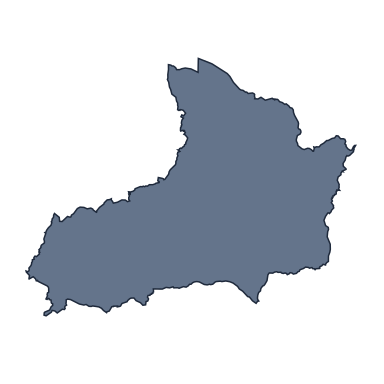 outline of Vrancioaia, Vrancea, Romania, rotated 4°
{"feature_id": "2599482B95267068995813", "entity_name": "Vrancioaia", "entity_type": "district", "adm_level": 2, "iso_a3": "ROU", "parent_name": "Romania", "parent_adm1": "Vrancea", "projection": "orthographic", "projection_center": [26.711, 45.867], "detail": "fine", "context": "isolated", "style": "filled", "palette": "slate", "viewbox_px": 384, "rotation_deg": 4, "n_neighbors": 0, "source": "geoboundaries", "source_scale": "gbopen_adm2", "svg_char_len": 5992}
<svg xmlns="http://www.w3.org/2000/svg" viewBox="0 0 384 384"><g transform="rotate(4 192 192)"><path d="M263.7,298.6L265.0,296.5L266.2,296.1L265.1,294.7L264.7,293.3L264.8,290.3L265.5,287.6L267.2,285.9L267.4,283.5L269.0,280.9L270.2,280.3L271.1,279.1L273.0,275.2L273.5,269.3L274.7,267.4L278.3,267.3L279.9,266.2L282.1,265.6L283.4,266.2L286.3,265.8L286.8,266.5L288.7,266.9L290.5,266.3L292.0,266.7L292.8,267.8L294.8,266.7L295.5,265.6L297.5,265.9L298.8,266.8L301.8,265.9L303.3,264.1L304.5,263.7L305.2,262.0L308.6,260.5L310.5,259.0L313.3,259.1L314.5,259.8L316.9,259.0L317.9,260.1L319.4,260.0L320.2,260.9L321.0,259.9L324.7,259.4L324.9,259.0L324.5,258.2L324.9,257.5L326.6,256.6L327.8,255.0L330.3,255.5L330.4,254.4L331.4,252.9L332.9,251.8L332.6,246.2L333.7,242.4L334.0,239.5L333.5,234.4L330.0,227.3L330.1,222.1L330.8,219.8L330.4,217.8L327.6,216.2L325.6,211.0L326.9,207.0L328.9,203.5L329.9,203.3L330.6,203.9L332.1,202.0L332.4,200.6L334.5,198.0L334.0,196.6L334.1,195.7L331.7,192.9L332.7,191.2L331.6,189.3L332.5,188.6L332.1,187.6L333.1,187.2L332.9,186.1L334.1,185.7L334.4,184.5L335.4,184.5L336.0,183.8L335.8,181.3L336.4,181.1L336.3,180.0L339.1,180.0L338.0,178.8L338.5,176.9L338.2,175.8L338.3,174.3L336.1,170.2L336.7,166.8L339.4,164.4L339.2,162.8L340.4,161.0L340.9,161.1L340.5,160.7L344.1,158.7L344.0,158.1L341.2,155.8L340.7,153.0L342.6,149.5L343.1,146.4L344.0,144.9L345.0,145.3L346.7,144.5L350.3,140.5L350.1,139.9L350.7,138.3L350.4,137.4L352.0,134.1L351.1,134.2L350.0,135.3L348.5,139.1L346.9,139.4L344.4,138.0L342.5,135.8L342.4,134.4L341.1,133.3L341.8,130.8L340.8,128.8L339.2,128.3L336.5,128.5L333.9,125.9L332.0,125.8L330.5,128.1L328.0,128.8L324.3,131.1L322.7,131.3L319.9,134.2L317.3,135.9L315.7,138.1L312.6,138.3L311.8,139.0L310.4,138.6L310.9,140.3L310.4,142.8L309.7,142.9L308.2,141.5L306.1,140.4L304.3,140.3L301.0,141.8L298.8,141.3L294.4,138.3L293.9,136.2L292.6,134.0L292.4,132.3L293.2,128.3L295.9,126.6L296.5,124.8L296.3,123.5L295.5,122.1L294.2,121.7L293.3,120.5L293.5,116.3L293.0,114.7L288.9,108.3L287.7,105.5L287.3,103.1L286.0,101.4L283.8,100.9L282.6,99.4L279.8,97.5L278.4,98.1L275.9,96.5L273.1,95.8L271.3,93.9L270.2,93.5L269.2,94.0L268.5,93.5L267.9,94.2L267.2,93.4L266.6,93.8L265.5,92.9L258.7,95.3L254.2,92.7L251.3,94.6L248.0,94.6L248.2,93.4L247.6,92.1L247.7,90.4L247.0,89.6L245.4,89.0L241.1,89.8L239.6,88.5L238.5,88.7L235.7,87.0L234.0,86.9L232.3,86.1L225.7,79.8L221.8,74.2L218.9,71.4L203.1,62.8L189.0,58.3L189.7,72.2L182.4,69.3L176.6,68.8L173.3,69.7L171.1,70.8L168.1,71.0L167.0,69.1L164.7,67.6L163.3,67.7L162.1,66.9L159.6,66.6L160.0,71.4L159.7,76.5L160.0,80.0L159.6,81.4L161.1,84.1L162.2,88.9L163.5,91.1L165.1,95.8L169.3,98.6L170.2,102.3L171.5,104.3L171.6,106.5L172.1,107.7L171.9,110.9L173.1,111.5L173.7,111.0L174.3,111.4L175.0,110.6L177.5,111.1L180.1,113.8L178.3,116.6L176.5,115.8L175.7,117.7L178.3,118.9L177.0,120.8L176.7,122.7L176.6,124.0L177.2,125.7L176.6,126.9L176.8,127.5L176.1,128.6L176.2,131.5L176.5,132.0L178.3,131.2L179.2,131.9L179.7,131.1L180.4,131.6L180.4,132.3L181.2,133.3L179.9,135.0L181.3,135.6L183.9,138.3L183.6,140.0L182.4,143.1L182.4,144.5L181.3,145.3L180.8,147.1L179.6,147.8L178.6,149.2L177.7,149.0L176.6,149.6L176.2,150.9L175.1,151.0L177.0,152.4L175.1,153.3L174.7,155.2L175.4,156.8L174.5,159.2L174.7,160.6L173.8,162.6L173.9,164.8L173.6,165.9L168.8,171.3L167.8,173.3L167.4,176.0L164.0,181.3L163.0,181.7L162.5,180.8L161.6,180.5L157.4,179.9L157.1,183.2L158.6,184.2L158.5,184.9L155.3,185.8L154.8,186.4L152.4,187.4L148.9,187.7L147.2,189.3L145.5,189.2L144.4,190.0L142.9,189.6L142.2,190.2L140.1,190.2L135.0,192.7L134.7,194.1L133.1,195.4L130.5,196.3L128.7,196.2L129.2,197.5L130.5,197.4L130.5,198.7L129.1,198.7L129.8,200.5L129.3,201.7L129.4,203.7L130.5,205.2L128.3,206.1L126.1,204.7L122.6,204.8L118.4,207.4L114.3,208.6L113.4,207.0L112.0,205.5L112.0,204.4L110.4,205.3L107.9,205.8L105.2,208.9L104.9,210.2L100.8,213.8L98.2,217.6L98.4,218.5L98.0,218.9L94.9,217.0L94.1,215.9L92.2,215.1L88.6,216.1L85.3,214.9L81.4,214.9L78.8,216.5L75.4,221.9L73.4,223.4L72.9,225.3L72.0,225.6L69.5,225.1L64.5,230.5L62.0,230.5L61.3,226.5L56.3,223.0L55.6,224.7L55.6,226.9L54.4,228.6L54.3,230.5L53.7,231.6L54.3,232.4L53.6,235.1L51.3,237.6L49.6,240.4L49.1,242.3L48.1,242.7L49.0,243.6L47.6,248.8L47.6,249.7L48.2,251.2L48.3,253.1L45.5,255.5L45.1,256.6L45.1,258.0L43.3,260.4L43.9,261.0L43.5,262.3L44.3,262.7L43.7,263.3L44.1,264.5L41.4,267.3L39.9,266.9L39.5,267.2L38.8,268.8L39.3,270.0L37.5,270.7L37.6,272.5L36.9,273.8L37.0,274.9L36.5,276.6L34.6,279.3L35.0,280.5L34.8,282.1L33.7,282.9L32.0,282.4L32.3,283.4L35.7,286.6L35.4,289.7L35.6,290.1L39.5,287.6L41.8,289.4L42.9,291.5L44.1,291.0L44.5,291.8L54.1,295.8L55.2,296.8L55.7,297.9L56.0,301.5L55.9,302.2L54.9,302.7L54.6,304.6L55.1,305.6L53.8,308.9L54.9,309.3L55.9,308.2L56.9,308.3L57.1,309.3L58.9,309.6L59.3,312.0L59.6,312.7L60.8,313.2L60.9,314.9L59.5,316.3L58.2,319.7L53.5,322.1L53.0,322.8L53.0,325.2L55.1,325.7L60.1,321.7L60.7,319.9L63.4,320.2L66.0,322.1L70.8,318.0L73.0,318.1L73.6,316.9L73.0,315.9L73.3,314.7L74.8,313.6L73.9,311.7L74.2,310.9L74.0,308.4L75.4,307.5L78.4,307.8L87.4,311.6L92.0,312.3L94.2,311.6L97.2,313.2L99.4,313.2L100.9,312.6L107.0,313.1L109.8,314.3L112.0,316.4L115.2,318.3L115.4,317.5L117.8,316.5L120.0,312.0L121.5,311.8L121.5,311.4L125.7,311.0L125.6,311.8L128.1,311.1L128.7,310.7L129.9,308.1L134.9,306.0L135.4,304.8L137.3,302.8L138.6,302.1L141.5,301.8L143.8,304.3L148.3,306.0L150.9,308.4L153.6,307.8L153.8,304.5L155.4,303.9L156.0,302.3L156.0,301.4L154.9,300.0L155.3,298.3L157.3,298.0L157.5,297.0L158.8,296.8L158.8,296.0L160.0,295.8L160.0,294.8L160.6,294.4L160.2,291.4L169.2,290.9L172.8,289.0L176.4,289.2L179.7,287.9L180.5,288.9L184.2,288.5L185.9,288.9L190.0,287.0L192.8,287.3L194.9,285.8L195.9,284.3L197.6,284.0L198.9,282.5L200.7,281.5L203.0,281.0L205.6,281.2L210.6,283.4L213.7,283.6L216.0,282.8L217.1,283.1L219.2,282.5L221.6,280.0L222.7,279.6L226.5,279.0L228.0,279.3L231.9,278.4L236.1,278.9L239.4,280.0L244.1,283.0L245.9,285.4L249.5,287.4L254.8,292.4L256.7,292.8L259.9,296.3L263.7,298.6Z" fill="#64748b" stroke="#1e293b" stroke-width="1.5"/></g></svg>